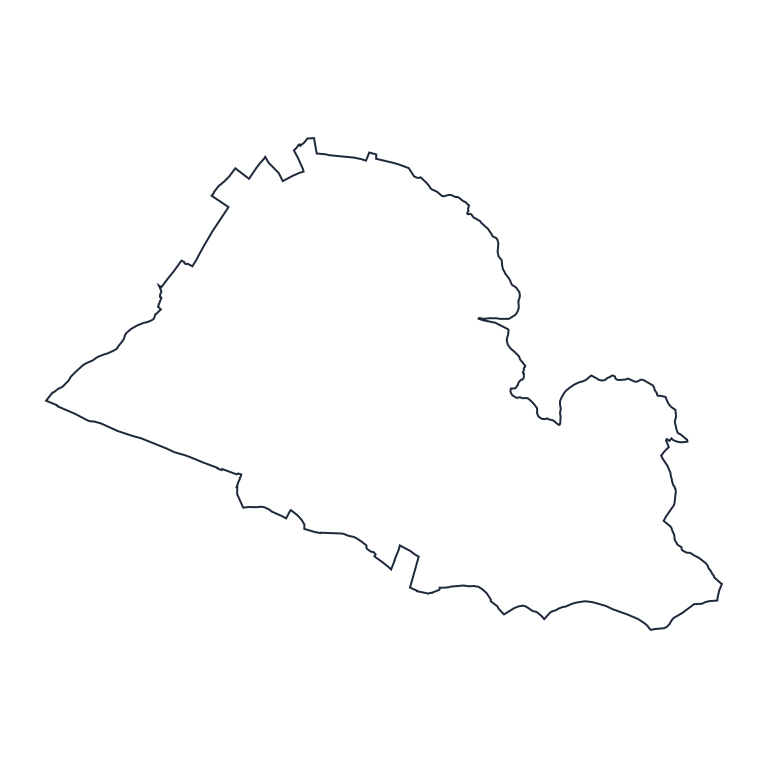 outline of Sanger, Mures, Romania
{"feature_id": "2599482B36183363035498", "entity_name": "Sanger", "entity_type": "district", "adm_level": 2, "iso_a3": "ROU", "parent_name": "Romania", "parent_adm1": "Mures", "projection": "albers", "projection_center": [24.16, 46.55], "detail": "fine", "context": "isolated", "style": "outline", "palette": "slate", "viewbox_px": 768, "rotation_deg": 0, "n_neighbors": 0, "source": "geoboundaries", "source_scale": "gbopen_adm2", "svg_char_len": 6094}
<svg xmlns="http://www.w3.org/2000/svg" viewBox="0 0 768 768"><path d="M544.2,619.1L549.5,613.2L551.1,611.8L556.0,610.1L559.0,608.4L562.7,607.0L565.6,606.6L572.5,603.6L577.3,602.4L584.4,601.3L586.8,601.4L592.7,602.2L605.8,605.9L612.6,609.2L627.2,614.4L638.0,619.0L644.6,623.3L647.3,625.7L650.0,629.2L651.1,629.9L654.4,629.1L664.1,628.2L666.4,627.2L669.2,624.5L672.1,619.7L673.9,617.7L675.5,617.0L682.5,612.8L694.2,604.1L701.8,603.8L705.3,602.1L708.9,601.2L717.3,600.5L717.8,596.6L719.3,590.2L721.9,584.0L719.3,582.0L714.5,577.6L714.1,577.1L713.7,575.4L712.3,574.1L712.0,573.2L710.0,569.7L709.0,569.1L707.3,565.1L706.0,563.4L699.3,558.1L693.8,555.2L691.3,553.5L690.1,552.9L686.4,552.6L682.3,550.3L681.7,549.3L681.5,547.5L681.2,547.0L677.6,544.8L674.9,540.1L674.5,538.8L674.4,535.9L674.0,534.2L672.8,532.0L671.3,527.6L670.3,526.3L663.7,520.9L665.9,516.7L674.0,505.0L674.5,503.2L675.8,491.6L675.4,488.9L674.9,488.2L674.6,486.6L673.8,485.9L673.0,484.4L672.0,481.1L671.8,479.2L670.8,476.2L670.5,473.0L667.4,465.7L662.6,458.6L661.1,455.5L662.3,454.5L662.9,453.3L665.3,450.4L668.8,447.2L666.0,440.3L666.9,439.1L669.4,440.9L671.5,438.4L673.1,440.0L674.7,440.8L678.2,441.9L681.5,442.3L687.4,441.7L687.2,439.9L681.0,434.7L677.8,433.0L676.4,429.1L674.8,421.8L675.8,417.6L676.0,415.9L675.4,409.8L671.4,407.1L669.0,404.5L667.3,401.4L665.5,396.9L660.6,395.8L658.0,395.8L657.1,394.9L657.0,393.8L656.5,392.6L654.7,390.1L654.1,387.5L652.8,385.4L643.2,379.9L640.8,379.7L637.2,381.6L636.1,381.8L634.4,381.5L628.0,378.6L624.6,379.7L618.0,380.0L616.1,379.1L615.2,377.9L615.0,376.7L614.2,376.0L612.1,375.5L610.1,376.9L607.4,378.0L604.9,380.1L602.2,380.5L598.7,379.9L598.1,379.2L591.3,375.5L585.9,379.9L583.2,381.2L578.6,382.5L574.4,384.5L569.6,387.7L566.0,390.8L564.2,392.9L561.3,398.0L560.0,401.2L560.0,404.0L560.8,409.1L560.1,412.2L560.1,413.6L560.6,416.7L560.2,423.5L559.6,424.8L558.9,424.9L555.4,422.4L554.7,421.4L552.4,420.1L548.9,419.4L547.1,418.4L545.5,419.1L542.6,419.0L541.6,418.7L538.7,416.7L538.1,415.8L537.0,413.0L537.2,411.7L537.0,408.2L534.5,404.7L531.8,401.7L528.5,398.8L527.3,398.1L522.9,398.2L521.6,398.0L520.5,397.4L519.2,397.3L517.5,397.9L515.6,397.4L512.4,395.3L511.0,393.1L510.4,390.8L510.9,388.5L513.6,388.6L515.5,388.1L516.7,386.7L517.2,385.6L517.9,384.9L518.2,383.3L519.4,381.4L521.2,379.6L522.5,379.6L523.4,378.4L523.8,377.4L523.9,373.5L522.9,372.9L522.9,372.2L523.9,370.3L523.8,368.8L524.1,367.7L524.8,367.3L524.8,366.5L525.2,365.8L520.1,359.4L518.9,356.2L514.3,351.6L510.9,348.8L507.8,344.8L506.8,340.3L506.9,338.4L508.0,335.2L508.5,330.7L508.4,329.7L508.0,329.2L495.2,322.7L483.7,320.4L478.6,318.8L478.7,318.3L479.2,318.0L484.1,318.9L489.2,318.2L494.1,318.3L495.4,318.1L500.2,318.9L508.8,318.9L515.2,315.0L517.0,312.7L518.5,309.0L518.8,307.1L518.4,302.6L518.6,301.2L518.4,301.1L519.5,297.9L519.9,295.8L519.4,292.2L515.9,287.3L512.1,284.9L511.5,284.1L510.2,280.7L509.1,278.7L505.1,273.4L504.9,272.5L503.0,269.3L502.1,265.5L501.7,260.0L499.7,257.9L498.6,256.4L497.6,252.1L498.3,244.1L498.1,242.1L497.4,239.9L496.6,238.3L492.6,236.3L491.6,234.2L487.7,228.5L486.0,227.2L481.1,222.6L480.1,221.1L473.5,217.4L471.3,214.3L469.5,213.9L468.1,214.3L467.4,213.9L467.2,212.9L468.3,211.2L468.4,210.5L468.0,209.2L469.0,205.3L468.1,204.8L465.6,202.2L462.6,200.7L459.0,197.7L457.3,197.0L455.3,197.0L451.9,195.2L448.9,194.9L443.6,196.3L441.9,195.9L436.8,191.6L432.0,189.5L430.2,187.8L428.8,185.6L426.6,182.9L420.6,177.3L419.8,177.8L417.2,177.8L414.2,176.5L408.7,168.1L399.8,164.8L393.5,162.9L376.1,158.8L376.3,154.5L369.3,152.5L366.0,160.6L360.7,159.0L353.9,157.6L329.3,155.2L325.6,154.3L316.7,153.5L314.0,138.1L307.4,138.5L304.2,142.6L300.2,145.8L299.5,144.4L298.5,145.0L296.7,147.6L293.9,150.4L297.8,157.6L303.0,169.2L303.6,171.6L299.4,172.9L292.7,175.8L282.8,181.1L278.7,173.0L268.6,162.7L265.2,156.9L264.2,158.5L259.8,163.4L256.8,167.3L249.0,178.8L235.3,168.3L229.1,176.6L224.3,181.4L218.4,186.3L213.8,192.3L213.8,193.2L211.6,195.7L228.5,207.1L212.2,231.7L202.8,247.8L199.0,254.8L196.4,259.8L192.4,266.3L187.5,263.7L186.6,264.1L185.4,263.9L184.5,263.2L184.3,262.1L181.5,260.6L172.5,273.0L169.3,276.7L161.4,287.1L158.9,285.5L160.6,289.3L161.4,291.6L161.3,292.2L160.2,294.2L160.0,297.0L161.4,297.6L158.0,306.7L160.9,309.4L155.7,314.4L155.4,314.3L154.2,317.9L153.6,318.9L152.2,320.0L150.3,320.9L146.6,322.3L143.8,322.8L137.3,325.4L131.3,328.8L126.1,333.2L125.2,334.9L123.9,338.7L122.7,340.8L118.2,346.4L118.1,346.8L116.7,348.8L113.7,350.6L107.2,353.6L105.8,353.8L98.7,356.5L96.4,357.7L93.1,360.2L86.5,363.1L83.2,365.0L75.8,371.7L71.0,376.5L68.5,380.7L63.0,386.3L61.8,387.2L58.4,388.7L53.4,392.5L52.6,392.5L46.1,400.7L56.4,405.0L57.6,405.6L57.5,406.3L75.0,413.8L88.2,420.7L89.9,421.2L94.2,421.5L101.1,423.5L117.9,431.1L132.7,436.0L140.9,438.2L166.5,448.5L174.1,452.1L185.2,455.3L190.6,457.3L203.4,462.6L217.6,467.9L217.5,468.4L220.0,469.5L221.7,470.0L222.1,469.0L236.2,474.2L237.5,474.1L238.1,473.5L240.9,474.3L241.3,474.5L240.4,477.3L239.9,477.8L239.9,478.5L239.0,480.8L238.1,482.3L238.1,483.0L237.3,485.3L236.9,486.0L236.6,487.2L237.4,487.3L237.2,488.9L237.2,494.3L243.2,507.6L248.8,507.0L256.7,507.2L260.8,506.7L263.9,507.1L268.7,509.2L272.2,511.8L282.4,516.3L286.1,518.4L289.9,511.2L290.8,510.1L297.4,515.2L300.3,518.3L302.3,521.0L304.4,524.5L304.3,528.9L314.7,532.0L320.6,533.1L320.7,532.7L341.3,533.5L343.7,533.9L348.5,535.8L354.0,537.0L357.0,538.5L361.3,541.5L362.1,541.8L363.2,543.0L365.5,544.6L366.4,545.5L366.5,546.3L366.3,547.7L367.2,549.0L370.8,551.6L373.6,552.1L375.6,554.4L374.4,556.4L383.4,562.9L388.5,567.0L391.1,569.5L394.7,560.3L394.5,560.1L398.8,549.5L399.8,545.4L410.0,550.8L415.0,554.5L418.7,556.7L410.0,587.6L417.0,590.7L417.0,591.2L428.6,593.6L429.2,593.2L431.3,592.8L432.0,593.0L432.5,592.5L438.9,590.0L439.6,589.4L439.6,587.7L444.5,587.7L448.4,587.3L450.9,586.6L463.6,585.5L469.0,586.3L474.5,586.0L476.0,586.5L478.0,586.6L481.9,588.9L486.5,593.0L490.8,599.5L490.9,600.0L490.6,601.1L497.4,606.4L499.0,609.2L504.0,614.4L514.3,608.1L518.5,606.4L522.9,605.6L525.2,606.2L527.2,607.3L532.5,610.9L536.9,612.1L541.6,616.1L544.2,619.1Z" fill="none" stroke="#1e293b" stroke-width="2"/></svg>